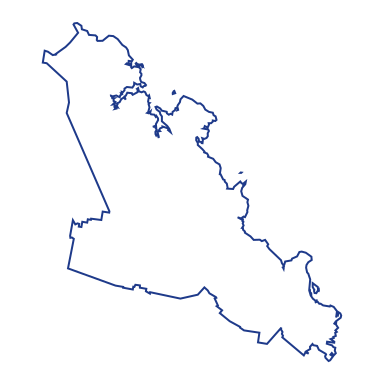 West Tamar, Tasmania, Australia
{"feature_id": "25037944B75055977098300", "entity_name": "West Tamar", "entity_type": "district", "adm_level": 2, "iso_a3": "AUS", "parent_name": "Australia", "parent_adm1": "Tasmania", "projection": "equal_earth", "projection_center": [146.895, -41.264], "detail": "fine", "context": "isolated", "style": "outline", "palette": "blue", "viewbox_px": 384, "rotation_deg": 0, "n_neighbors": 0, "source": "geoboundaries", "source_scale": "gbopen_adm2", "svg_char_len": 5941}
<svg xmlns="http://www.w3.org/2000/svg" viewBox="0 0 384 384"><path d="M73.8,238.8L68.0,268.4L115.5,285.6L123.2,286.9L123.1,287.7L132.8,289.5L133.3,286.7L134.4,286.9L135.4,284.8L139.9,285.4L139.9,287.7L146.3,288.8L145.9,291.3L149.9,293.6L150.1,292.2L180.4,298.6L197.8,294.7L204.4,287.4L207.8,290.5L209.4,293.3L215.9,297.1L216.3,297.8L214.7,298.5L217.9,305.5L216.7,306.2L222.1,310.3L219.8,313.1L229.7,321.2L240.1,326.9L240.0,327.6L244.0,330.4L259.4,332.7L258.0,342.4L267.0,343.9L281.4,327.6L280.9,329.2L282.5,332.0L281.9,333.9L283.0,335.8L282.3,337.3L303.8,355.4L305.4,352.4L308.6,353.6L306.1,351.4L310.2,349.0L310.0,346.8L312.5,344.0L313.3,345.2L317.1,345.9L318.9,349.8L325.7,353.8L326.1,354.5L325.1,356.2L325.5,357.8L328.6,361.0L330.2,360.2L333.0,356.3L330.4,354.7L331.8,353.0L333.8,355.3L335.8,353.2L334.8,350.7L335.3,347.7L333.4,347.1L332.1,345.4L326.8,343.7L327.1,341.7L334.2,342.7L334.3,341.7L330.6,339.1L333.7,338.0L333.3,337.0L335.8,335.9L335.2,332.8L336.8,331.9L335.4,330.4L338.1,327.8L336.0,324.6L336.2,322.3L333.8,324.3L335.8,321.4L340.7,317.7L341.2,315.5L340.3,313.4L337.9,311.8L338.1,313.7L337.9,315.6L337.6,316.6L338.0,313.5L337.4,314.5L337.0,313.9L336.6,315.8L336.1,317.5L337.0,311.2L333.7,306.9L330.4,305.5L329.8,306.5L323.1,305.4L320.6,303.7L319.3,303.8L317.5,301.6L314.8,302.6L316.6,301.7L316.5,300.5L315.7,300.9L312.9,298.7L310.7,295.5L309.9,292.6L309.3,292.5L309.8,292.5L309.2,290.3L310.2,279.4L308.3,273.7L307.1,272.4L306.1,267.7L306.5,265.0L308.3,262.2L311.7,260.0L311.4,256.7L305.8,252.7L301.7,251.6L299.4,252.0L297.1,256.4L292.1,258.6L291.4,260.4L285.2,261.5L284.3,264.6L283.3,265.1L284.0,266.2L283.7,267.1L283.0,267.4L283.7,268.1L283.6,268.8L282.9,267.4L283.9,266.1L281.9,263.1L281.0,260.2L269.4,249.1L267.2,246.1L268.2,244.3L265.1,239.9L261.8,241.1L259.8,239.7L253.7,239.9L250.5,236.4L244.9,232.7L244.9,231.5L243.1,229.8L242.9,227.9L242.1,227.9L243.6,225.5L242.7,223.3L243.4,221.9L242.4,221.0L242.8,220.1L237.6,217.3L242.7,218.9L242.3,217.5L243.6,216.6L245.0,217.1L247.4,212.1L247.2,210.3L248.4,205.8L247.4,202.2L248.0,199.6L242.5,195.9L241.2,191.2L242.2,187.8L245.3,184.2L245.8,181.5L243.3,183.6L243.7,184.3L243.2,184.8L243.2,183.7L241.6,183.3L240.3,181.5L234.2,186.7L233.1,189.0L227.2,188.6L227.6,187.7L226.8,183.6L224.8,181.6L224.6,180.0L223.1,179.4L220.6,174.3L219.8,174.2L220.7,168.1L219.5,164.4L215.7,162.2L213.2,158.8L208.0,156.7L208.3,155.6L207.1,153.5L204.2,152.4L204.5,151.6L202.5,149.3L197.8,145.0L197.8,143.0L196.2,140.2L196.3,137.6L197.2,137.1L198.6,138.7L199.1,141.7L201.6,142.0L201.7,143.1L202.5,143.2L202.9,139.9L202.3,138.2L204.3,138.9L206.5,138.0L207.8,136.2L207.7,133.3L208.9,131.0L208.2,129.5L203.4,128.6L204.1,128.3L204.8,126.1L207.7,127.5L209.0,124.5L208.7,123.2L211.1,123.2L212.8,121.6L212.8,120.5L215.3,121.0L216.5,119.9L215.6,116.4L213.6,115.2L212.8,112.7L209.0,111.9L205.3,109.6L203.3,105.9L200.4,103.4L197.4,103.6L192.3,99.6L183.6,96.0L180.5,99.3L179.9,102.2L177.8,105.2L177.3,106.6L178.1,109.9L177.3,110.2L177.8,108.8L176.8,107.9L175.5,108.1L175.0,110.1L172.6,111.9L172.2,114.6L170.6,113.8L168.8,114.7L166.9,113.3L166.7,111.8L161.7,110.6L160.3,108.5L156.9,106.5L155.5,107.0L156.6,109.5L159.8,111.9L160.3,114.2L161.9,116.4L161.9,121.3L167.2,125.9L169.3,128.8L170.6,132.2L168.1,130.1L168.8,129.3L167.5,128.2L162.5,126.5L162.6,127.3L160.2,128.3L158.4,131.1L159.2,130.6L159.7,130.8L160.0,131.1L157.4,131.6L158.7,136.4L158.7,138.0L158.0,135.7L156.8,134.7L156.2,135.5L155.5,134.1L155.4,131.8L156.7,129.7L154.7,126.6L152.8,126.8L155.3,125.8L156.1,126.4L155.9,124.1L158.1,120.1L158.0,118.3L156.3,115.8L155.7,116.7L154.4,114.7L151.0,114.3L150.1,113.2L150.5,111.5L148.7,113.3L147.2,112.9L148.2,112.1L149.5,107.3L148.6,104.2L149.6,103.1L148.6,103.0L148.1,101.4L148.8,97.6L149.7,97.9L149.1,95.4L148.4,96.2L146.5,95.1L145.2,92.2L143.6,91.4L141.6,92.3L138.9,91.3L138.1,88.1L137.0,88.9L137.7,89.5L137.5,92.2L132.7,94.8L131.7,93.6L132.7,93.3L127.3,92.7L125.8,95.7L124.5,96.5L125.7,99.6L123.8,97.5L121.3,99.1L119.6,102.2L117.0,103.4L117.5,104.5L116.6,105.6L117.6,107.2L116.5,106.8L116.6,108.5L115.0,108.9L115.5,108.3L114.4,106.9L114.8,104.0L112.9,104.4L115.3,101.9L113.6,101.0L113.6,98.7L114.4,98.2L111.4,98.2L112.3,97.9L112.4,96.5L111.4,96.3L110.6,95.6L110.1,95.7L110.6,95.5L112.6,96.4L116.3,95.5L119.7,97.2L120.2,95.4L121.4,94.6L121.0,93.4L122.1,93.7L121.8,91.9L122.8,92.3L124.5,90.3L124.5,88.6L126.9,87.0L132.4,87.6L134.1,85.1L134.2,82.8L137.1,84.5L140.3,84.0L140.7,86.3L142.7,87.4L143.6,86.2L145.4,85.8L145.4,85.0L146.5,85.7L144.4,83.0L141.2,82.0L140.3,79.8L140.0,77.9L141.4,75.4L141.4,73.8L140.1,72.3L140.7,69.1L139.1,67.4L140.0,66.6L139.2,67.0L137.8,64.7L142.1,65.8L142.5,66.4L141.8,67.6L143.0,66.8L142.9,65.6L142.3,64.5L142.1,64.2L141.8,64.2L142.6,66.1L140.7,64.8L137.3,64.1L136.3,63.0L135.7,63.5L137.6,67.0L134.2,66.4L131.8,68.1L131.2,67.4L131.2,63.3L130.1,63.6L129.6,65.2L126.0,64.1L126.9,63.3L128.5,63.8L128.7,60.9L131.8,61.3L132.8,59.7L128.9,55.4L127.8,50.1L126.1,47.5L122.3,44.9L117.7,39.1L113.3,36.1L108.9,35.7L102.6,40.8L97.5,40.9L96.8,40.0L97.1,37.0L95.5,35.4L89.0,34.9L87.2,31.0L81.9,29.3L81.4,25.8L77.2,23.0L74.3,23.4L73.5,24.5L78.1,32.8L70.1,42.5L65.6,46.9L55.6,54.1L56.0,54.2L56.1,54.5L55.3,54.8L54.6,54.8L56.0,54.3L52.8,55.1L47.9,51.7L44.7,50.7L42.8,62.6L46.7,63.2L66.7,81.6L69.0,102.5L66.7,113.0L109.4,211.3L109.2,212.6L102.7,211.6L101.3,220.0L91.1,218.7L90.9,219.8L87.8,219.3L87.2,222.6L82.3,221.8L81.4,227.0L78.8,226.6L79.2,223.9L77.5,223.4L75.3,224.4L72.9,220.2L70.1,235.9L70.4,237.8L71.9,237.5L73.8,238.8ZM312.7,283.2L312.7,287.0L314.2,289.7L314.6,289.2L314.0,290.9L314.6,293.0L316.3,293.2L318.1,290.1L317.8,287.0L312.7,283.2ZM174.3,90.9L173.7,91.2L172.7,93.0L172.8,94.0L175.2,93.2L174.3,90.9ZM310.6,292.6L310.9,294.8L311.3,294.8L311.2,293.2L310.6,292.6ZM309.7,289.8L310.0,291.8L309.9,289.2L309.7,289.8ZM318.3,291.8L318.9,290.8L318.8,289.5L318.7,289.6L318.3,291.8ZM240.3,172.9L241.2,172.9L241.5,172.6L240.7,172.5L240.3,172.9Z" fill="none" stroke="#1e3a8a" stroke-width="2"/></svg>